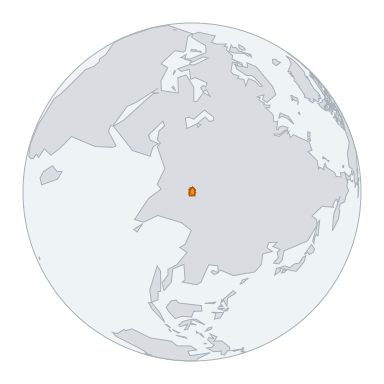 Uttarakhand on an orthographic globe, rotated 60°
{"feature_id": "IND-3254", "entity_name": "Uttarakhand", "entity_type": "State", "adm_level": 1, "iso_a3": "IND", "parent_name": "India", "parent_adm1": "", "projection": "orthographic", "projection_center": [79.21, 30.097], "detail": "fine", "context": "on_globe", "style": "filled", "palette": "amber", "viewbox_px": 384, "rotation_deg": 60, "n_neighbors": 0, "source": "natural_earth", "source_scale": "10m", "svg_char_len": 12430}
<svg xmlns="http://www.w3.org/2000/svg" viewBox="0 0 384 384"><g transform="rotate(60 192 192)"><circle cx="192" cy="192" r="169" fill="#eef3f6" stroke="#a8b0b8"/><path d="M240.7,30.2L241.0,30.5L251.5,35.8L259.3,39.1L254.0,37.5L271.8,45.5L280.4,51.5L267.9,43.8L264.5,42.5L269.0,45.9L266.4,45.3L267.1,46.8L263.7,46.0L256.7,42.1L254.3,41.7L257.6,44.2L256.2,45.3L251.8,41.6L248.9,43.4L236.7,38.3L227.5,30.9L217.9,29.1L201.1,24.8L199.9,25.3L192.7,24.6L188.6,25.0L186.7,24.6L185.1,25.4L187.7,25.8L187.8,26.4L185.6,26.8L182.8,26.1L183.5,25.8L181.5,25.9L181.0,25.4L180.0,25.9L176.8,25.3L176.7,26.6L171.4,26.8L170.2,26.2L174.6,25.3L182.6,23.3L197.4,23.1L212.0,24.2L226.5,26.6L240.7,30.2ZM156.5,26.8L158.8,26.3L158.2,26.6L161.7,26.2L156.6,27.5L149.6,29.0L146.5,29.5L143.3,30.4L142.6,31.1L133.1,33.8L120.5,39.0L118.6,39.9L119.6,39.3L131.6,34.2L143.9,30.0L156.5,26.8ZM265.4,41.9L262.7,40.2L266.2,42.1L265.4,41.9ZM267.8,47.2L269.4,48.0L269.1,48.5L267.8,47.2ZM164.3,25.7L163.0,25.9L164.3,25.7ZM167.1,25.4L168.0,25.0L169.4,24.9L168.8,25.1L167.1,25.4ZM263.5,47.8L262.6,48.6L262.3,47.1L263.5,47.8ZM165.6,25.8L171.8,24.7L174.3,24.4L174.1,25.1L165.6,25.8ZM261.2,48.7L258.9,51.1L262.2,52.8L251.6,49.9L257.0,48.5L256.3,46.2L258.7,48.0L261.2,48.7ZM189.4,25.8L186.6,25.3L191.0,25.4L189.4,25.8ZM192.2,25.7L205.4,25.7L208.5,26.8L203.4,26.4L209.1,27.9L204.1,28.4L199.9,27.7L198.8,26.8L197.7,27.8L192.2,25.7ZM246.1,48.1L244.5,48.3L244.8,47.3L246.1,48.1ZM188.2,26.7L190.6,26.4L193.5,27.3L189.2,28.0L189.6,27.5L188.2,26.7ZM213.0,28.2L214.3,29.2L210.7,29.8L210.7,30.3L204.2,28.5L213.0,28.2ZM187.9,27.5L186.9,28.4L183.6,28.4L186.1,27.0L187.9,27.5ZM196.0,27.4L197.2,27.9L195.1,27.8L196.0,27.4ZM171.3,29.6L174.1,29.0L175.8,29.3L171.3,29.6ZM186.8,28.7L188.0,28.7L189.0,28.9L187.7,29.5L186.8,28.7ZM202.1,29.2L200.3,29.4L204.5,30.0L202.0,30.7L198.1,29.5L198.7,30.3L197.9,30.6L195.6,29.3L202.1,29.2ZM189.4,30.7L183.6,29.8L178.0,30.7L176.3,30.3L185.6,29.0L189.4,30.7ZM193.2,30.0L190.4,30.3L189.8,29.5L191.2,28.8L193.2,30.0ZM201.6,31.7L206.6,30.9L207.2,31.2L201.6,31.7ZM187.9,31.1L189.3,31.3L187.5,31.2L187.9,31.1ZM197.5,31.6L199.2,31.2L199.9,31.6L197.5,31.6ZM190.8,32.2L188.9,31.9L189.8,31.3L190.8,32.2ZM194.0,32.1L194.6,32.7L191.3,31.3L194.6,31.8L194.0,32.1ZM197.9,32.0L198.9,32.1L197.2,32.2L197.9,32.0ZM188.3,34.8L183.9,33.2L186.0,31.9L189.9,33.5L188.3,34.8ZM24.3,173.2L29.8,145.1L32.1,139.0L36.1,129.0L55.4,112.4L55.4,118.2L66.0,126.7L66.6,129.5L61.0,136.1L65.5,154.8L72.1,150.8L80.4,163.5L88.8,167.8L99.5,154.4L85.8,147.0L87.8,138.4L102.2,138.1L114.7,145.3L115.9,142.2L111.6,132.2L118.2,128.6L110.5,128.3L110.9,132.2L106.1,132.4L105.5,128.9L107.8,127.6L105.1,124.4L94.6,131.9L93.8,136.7L84.4,133.1L82.2,141.0L78.3,142.7L80.5,130.1L83.1,126.7L84.2,111.3L80.6,114.4L79.4,129.4L78.1,127.1L73.2,132.2L76.0,126.6L78.3,110.2L72.2,107.0L58.0,114.9L55.8,112.7L56.9,106.5L68.5,93.8L72.1,100.4L76.3,96.6L81.1,88.2L81.8,91.2L84.2,88.8L86.1,91.2L94.2,88.7L97.0,90.8L105.4,84.5L108.0,84.9L102.3,88.3L99.8,92.2L107.3,98.1L110.3,97.7L115.1,93.3L116.6,95.8L120.4,90.8L127.3,92.5L122.0,86.5L127.6,82.0L134.6,80.5L135.5,78.1L124.1,80.6L120.4,82.7L118.7,86.2L107.8,91.9L104.1,91.1L111.9,81.6L107.5,79.8L115.6,73.8L141.5,69.4L149.6,70.8L152.0,82.5L147.1,84.5L143.8,81.1L142.0,88.4L144.4,85.8L145.7,88.1L151.3,84.9L152.4,86.4L155.9,81.0L157.9,82.6L155.7,86.0L165.8,83.2L171.4,85.8L173.1,84.5L173.4,82.4L180.3,87.4L181.3,86.3L179.4,84.2L180.1,80.6L184.1,76.6L186.2,78.5L185.1,80.2L186.0,87.1L182.6,91.8L183.9,92.3L187.4,88.7L186.3,80.2L188.0,77.3L189.3,81.0L189.0,79.4L190.5,78.6L194.1,79.7L193.1,75.6L207.3,65.5L215.7,67.2L215.2,71.3L227.4,67.9L235.9,71.1L234.1,69.0L238.8,66.6L236.2,65.5L235.7,64.3L246.5,58.8L250.7,59.4L253.4,55.6L252.5,54.7L249.5,53.9L251.6,49.9L262.2,52.8L263.7,54.8L269.3,55.7L272.0,60.2L276.8,64.7L276.4,69.8L280.2,73.3L282.0,73.3L288.5,78.5L295.8,89.8L282.1,80.4L269.6,65.5L274.0,71.3L270.7,70.1L270.9,72.4L274.2,76.8L276.0,77.1L269.4,86.4L272.8,100.1L278.2,97.7L283.5,100.7L292.1,116.4L289.0,141.8L296.0,147.9L297.7,152.7L294.4,156.9L291.9,149.9L286.8,148.5L285.9,144.2L279.7,149.3L278.1,143.4L274.1,150.7L277.7,154.9L283.7,152.2L281.0,161.6L289.5,168.2L292.5,177.9L285.1,198.0L274.4,205.9L274.1,209.1L268.8,206.6L263.4,213.9L274.5,229.3L274.7,234.3L265.1,245.5L264.6,241.9L250.6,235.1L249.1,247.1L259.7,255.1L263.4,265.5L255.7,263.3L251.8,254.2L246.9,251.5L247.4,241.3L241.8,226.5L234.0,230.3L233.8,224.0L224.9,211.8L213.2,216.5L195.2,233.4L193.9,249.1L187.1,255.6L175.9,232.8L174.0,217.2L168.0,218.2L158.1,203.8L135.4,199.4L133.9,194.9L129.3,195.8L122.6,190.0L121.0,182.6L116.1,181.7L120.9,201.2L126.3,202.2L133.2,197.0L133.4,203.4L140.1,210.4L126.5,222.7L95.7,227.1L95.6,215.0L87.3,176.5L89.2,173.2L89.3,172.8L89.4,172.0L85.6,177.0L85.2,169.6L86.5,195.3L85.4,205.3L95.3,227.7L93.6,229.0L97.7,234.1L114.2,234.6L113.6,238.4L104.0,253.3L83.7,268.6L88.1,284.2L89.6,295.7L80.7,298.4L85.4,307.6L81.3,307.9L83.6,312.4L82.6,315.0L79.4,315.5L69.9,308.2L66.2,303.7L56.8,291.6L42.4,264.9L41.5,256.8L39.4,247.9L32.8,223.2L34.1,213.9L33.1,207.7L30.6,205.4L29.9,198.0L28.7,195.7L23.7,185.0L24.3,173.2ZM44.1,124.2L42.5,126.9L42.4,126.9L44.1,124.2ZM125.0,161.0L134.5,164.6L135.4,153.8L139.1,154.4L138.1,150.7L135.4,153.0L133.6,143.1L139.5,141.7L141.0,137.4L137.9,136.0L127.3,140.2L129.8,154.2L125.5,157.3L125.0,161.0ZM117.8,40.2L117.2,40.5L117.8,40.2ZM95.6,74.8L94.4,77.3L91.0,79.2L87.6,77.8L92.4,74.9L95.6,74.8ZM93.6,80.6L102.4,72.2L104.9,73.2L102.0,74.0L102.7,75.4L98.3,77.2L92.1,86.7L88.7,89.2L84.2,84.5L87.5,84.5L88.4,81.8L93.6,80.6ZM120.3,53.2L124.2,50.7L124.7,55.8L121.0,57.6L117.3,56.0L119.4,52.9L120.3,53.2ZM164.0,27.7L165.5,27.2L166.3,27.2L165.7,27.8L164.0,27.7ZM172.5,29.3L158.6,30.3L159.5,29.7L150.3,31.7L149.2,30.9L155.2,29.5L147.4,30.6L152.4,29.1L146.8,30.2L160.4,27.3L164.5,26.3L160.3,27.6L161.2,28.3L162.9,28.3L170.7,27.8L180.1,26.5L182.5,27.4L181.7,28.4L179.8,28.8L178.9,28.0L177.0,29.2L174.2,28.4L172.5,29.3ZM170.9,45.1L170.6,43.0L166.4,47.2L163.6,45.6L163.2,46.2L159.4,46.1L154.3,47.0L153.6,46.1L151.9,46.9L149.4,47.0L146.8,47.9L144.7,46.6L141.3,47.7L142.2,46.5L137.1,48.7L140.0,46.6L136.9,46.7L135.7,48.8L130.6,42.0L126.3,41.5L121.0,42.5L126.7,39.2L135.2,36.4L144.2,34.8L147.6,36.0L149.6,34.5L151.8,34.7L149.3,35.8L154.4,34.4L155.6,34.9L163.6,34.8L170.3,32.9L173.4,33.0L171.3,34.0L175.8,33.4L174.1,35.6L176.3,35.8L176.8,38.3L171.6,40.5L174.5,40.6L175.0,42.9L170.9,45.1ZM188.2,35.5L182.7,38.0L178.4,38.6L179.3,34.0L177.6,33.5L178.0,31.1L184.3,30.4L183.6,31.1L184.3,31.7L182.1,31.7L184.4,32.2L183.5,33.3L185.1,34.0L182.9,34.6L188.2,35.5ZM70.0,128.2L70.9,129.6L73.0,131.0L70.0,134.5L70.0,128.2ZM71.3,117.0L72.6,117.5L69.3,122.6L68.3,121.3L71.3,117.0ZM76.0,113.7L72.9,117.1L74.0,114.5L76.0,113.7ZM103.7,88.7L105.4,89.2L104.5,90.4L102.3,91.5L103.7,88.7ZM157.9,58.7L158.4,57.0L159.6,56.9L163.7,53.7L166.2,54.8L164.7,57.2L157.9,58.7ZM95.6,155.7L91.5,157.3L91.0,155.3L92.5,155.1L95.6,155.7ZM78.9,145.6L81.4,149.9L78.1,146.6L78.9,145.6ZM161.3,59.4L162.7,57.9L163.1,59.4L161.3,59.4ZM168.2,55.6L169.1,57.1L166.9,54.6L168.2,55.6ZM172.1,356.8L175.0,357.6L172.2,357.4L172.1,356.8ZM113.6,302.1L110.6,318.7L103.8,316.5L100.1,310.5L99.5,299.7L106.6,298.7L109.3,294.2L113.6,302.1ZM298.6,280.5L302.4,279.7L302.2,280.4L298.6,280.5ZM294.6,279.7L299.2,278.4L293.7,281.3L294.6,279.7ZM300.9,277.9L305.5,275.0L307.6,273.2L307.1,274.7L300.9,277.9ZM291.4,280.7L273.3,285.1L265.9,284.9L267.9,282.2L279.8,280.2L291.4,280.7ZM267.3,282.3L255.7,277.5L238.6,259.1L244.8,258.8L262.4,268.8L261.3,271.1L268.3,275.3L267.3,282.3ZM294.5,263.1L293.3,269.8L283.5,271.9L278.9,272.0L275.8,264.5L277.6,259.9L281.4,259.1L295.1,240.7L300.1,242.9L296.1,250.3L300.1,254.8L294.5,263.1ZM194.7,250.5L199.1,259.6L195.3,261.1L194.7,250.5ZM299.8,228.6L294.8,236.8L299.1,226.5L299.8,228.6ZM301.9,219.3L302.6,222.6L300.0,220.0L301.9,219.3ZM274.7,213.9L270.8,215.6L270.3,213.1L275.1,209.6L274.7,213.9ZM294.8,186.2L296.2,193.5L295.9,196.1L293.4,192.3L294.8,186.2ZM184.3,69.8L175.8,72.7L171.4,76.2L171.4,80.0L167.7,76.1L174.6,70.7L184.3,69.8ZM204.2,65.7L204.1,62.8L206.6,63.5L206.9,64.3L204.2,65.7ZM202.5,64.3L197.9,61.8L199.4,59.9L202.7,62.2L202.5,64.3ZM179.3,59.9L176.6,60.6L176.4,59.2L179.3,59.9ZM309.7,313.2L308.9,314.0L311.5,310.6L308.5,313.4L313.1,308.5L307.9,313.7L308.7,311.7L305.7,312.7L278.7,330.0L273.8,331.0L277.2,327.5L277.1,319.3L278.9,319.0L280.5,312.4L297.7,300.9L310.8,284.5L317.8,281.9L324.7,270.1L331.1,266.9L327.8,275.2L332.8,275.6L340.3,256.5L339.3,270.6L340.2,272.5L337.2,278.4L329.1,290.8L319.9,302.4L309.7,313.2ZM356.5,230.3L356.9,228.9L356.8,229.3L356.5,230.3ZM308.0,277.7L313.7,270.9L316.5,269.3L308.0,277.7ZM356.7,229.2L356.3,230.4L356.5,229.3L356.7,229.2ZM357.1,226.9L357.3,225.7L357.0,228.0L357.1,226.9ZM356.6,226.4L356.9,227.2L356.5,226.9L356.6,226.4ZM356.1,227.7L355.7,227.7L355.8,227.3L356.1,227.7ZM347.3,241.0L349.5,245.3L347.0,248.0L344.4,246.2L341.1,253.1L334.4,257.3L336.3,253.3L335.8,249.5L327.9,252.4L326.4,250.4L329.4,246.8L323.9,247.3L330.0,242.9L332.2,247.6L335.6,240.9L340.7,238.6L345.2,237.1L348.3,238.5L347.3,241.0ZM329.4,256.1L330.5,255.5L329.4,257.8L329.4,256.1ZM354.8,226.5L355.4,227.9L355.2,228.8L354.8,229.1L354.8,226.5ZM349.1,236.7L352.6,228.3L353.2,227.5L350.8,235.5L349.1,236.7ZM352.0,225.9L353.3,225.0L353.9,226.9L353.5,228.0L352.0,225.9ZM317.0,256.8L316.6,258.6L314.9,258.0L317.0,256.8ZM319.2,254.9L324.2,254.3L318.7,256.5L319.2,254.9ZM302.8,255.4L304.4,258.8L309.6,254.4L305.6,259.5L308.9,264.7L307.6,267.6L304.4,261.8L302.8,269.5L300.5,270.2L299.5,264.4L302.0,255.9L304.3,251.9L313.6,247.2L302.8,255.4ZM319.3,250.0L317.9,245.9L318.9,242.3L320.4,244.2L319.3,250.0ZM313.3,236.2L309.1,232.0L305.7,235.5L312.2,225.0L315.2,230.7L313.3,236.2ZM309.1,225.1L305.9,228.2L308.9,222.4L309.1,225.1ZM304.9,226.7L304.1,222.8L306.8,222.4L304.9,226.7ZM310.8,224.6L310.7,217.7L312.4,221.2L310.8,224.6ZM301.8,214.4L308.4,218.9L300.5,218.7L298.2,205.8L301.4,204.4L301.8,214.4ZM306.7,155.1L304.8,151.7L307.1,149.7L307.8,152.6L306.7,155.1ZM312.9,141.4L307.1,148.1L302.2,154.0L304.7,155.0L305.3,161.9L300.5,157.1L302.5,148.4L306.6,145.1L305.4,139.6L307.2,134.6L303.9,128.5L304.1,125.1L308.4,129.8L312.9,141.4ZM302.3,126.0L297.2,114.8L302.4,114.3L304.7,116.6L304.8,121.8L302.1,121.8L302.3,126.0ZM297.5,112.1L294.8,112.0L281.5,98.2L280.1,95.3L292.9,104.8L291.0,105.4L293.3,109.1L297.5,112.1ZM246.0,49.2L244.6,48.3L246.5,48.7L246.0,49.2ZM234.1,63.8L233.8,62.3L236.0,62.6L234.1,63.8ZM234.0,58.5L231.8,59.2L233.2,57.7L234.0,58.5ZM226.9,61.0L230.4,59.1L228.4,62.1L226.9,61.0Z" fill="#d9dde1" stroke="#a8b0b8" stroke-width="1"/><path d="M194.6,190.6L194.8,190.7L195.1,190.8L195.3,190.9L195.5,190.9L195.8,191.0L196.0,191.3L196.4,191.5L196.5,191.5L196.4,191.7L196.2,191.7L196.1,191.8L196.0,192.0L195.9,192.1L195.8,192.3L195.7,192.4L195.5,192.5L195.4,192.6L195.2,192.8L195.0,193.0L194.9,193.1L195.0,193.2L195.0,193.3L195.0,193.5L194.9,193.6L194.8,193.8L194.7,193.8L194.6,194.0L194.7,194.3L194.8,194.3L194.7,194.4L194.7,194.6L194.6,194.8L194.4,194.9L194.3,195.0L194.3,195.3L194.2,195.3L194.1,195.5L194.2,195.8L194.1,196.0L193.9,196.0L193.9,195.9L193.7,195.8L193.6,195.7L193.4,195.6L193.1,195.6L192.9,195.6L192.6,195.7L192.5,195.4L192.4,195.3L192.2,195.3L191.9,195.1L191.8,194.9L191.6,194.8L191.3,194.9L191.2,194.9L191.2,194.7L190.7,194.4L190.8,194.4L191.0,194.2L191.3,194.0L191.2,194.0L191.0,193.9L190.5,193.6L190.4,193.5L190.3,193.4L190.2,193.2L189.9,193.0L189.8,192.9L189.7,192.7L189.5,192.4L189.4,192.4L189.3,192.5L189.4,192.9L189.4,193.0L189.2,193.3L189.0,193.2L188.9,193.1L188.7,193.2L188.5,193.3L188.3,193.0L188.3,192.9L188.3,192.7L188.3,192.4L188.4,192.1L188.5,191.9L188.7,191.7L188.8,191.6L188.7,191.5L188.4,191.4L188.1,191.1L187.9,191.1L188.0,191.0L188.1,190.9L188.3,190.8L188.5,190.7L188.4,190.6L188.3,190.4L188.3,190.2L188.2,190.0L188.2,189.9L188.3,189.8L188.3,189.7L188.3,189.4L188.5,189.3L188.4,189.2L188.5,189.2L188.7,188.9L188.8,188.8L189.0,188.8L189.2,188.7L189.4,188.6L189.5,188.6L189.8,188.5L190.0,188.5L190.3,188.7L190.5,188.7L190.8,188.7L191.0,188.7L191.0,188.9L191.1,189.0L191.3,189.0L191.5,189.0L191.5,188.9L191.4,188.7L191.2,188.5L191.3,188.5L191.3,188.4L191.5,188.2L191.8,188.0L192.0,188.2L192.0,188.3L192.1,188.5L192.2,188.8L192.3,188.9L192.4,189.0L192.5,189.1L192.5,189.3L192.8,189.4L192.8,189.5L193.0,189.5L193.1,189.4L193.3,189.4L193.6,189.4L193.6,189.5L193.8,189.7L194.0,189.8L194.2,190.0L194.3,190.0L194.4,189.9L194.4,190.0L194.5,190.1L194.5,190.3L194.4,190.3L194.5,190.4L194.5,190.5L194.6,190.6Z" fill="#f59e0b" stroke="#b45309" stroke-width="1.5"/></g></svg>